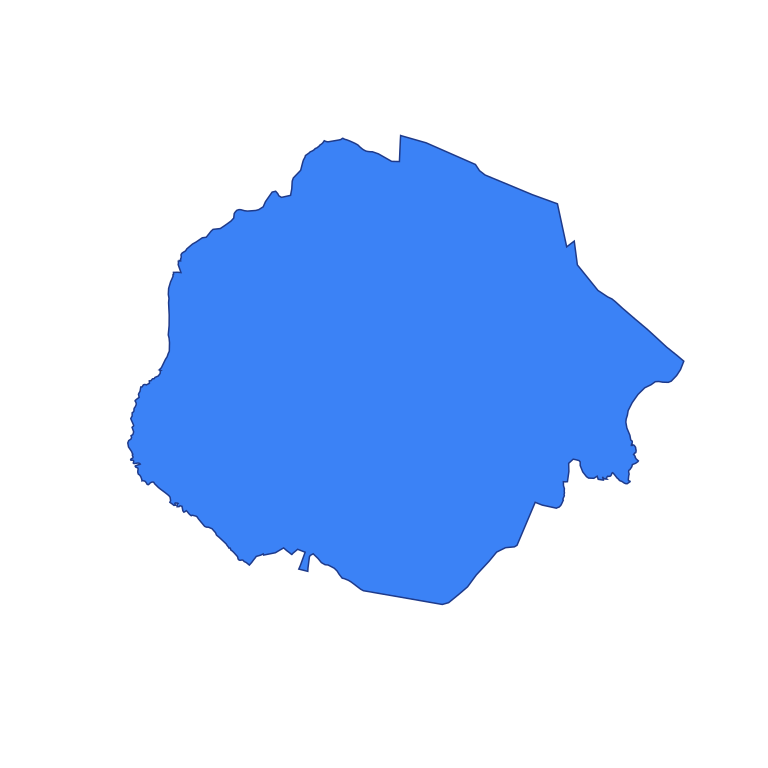 Angangueo, Michoacán, Mexico (Natural Earth projection), rotated 322°
{"feature_id": "50627088B88848492345112", "entity_name": "Angangueo", "entity_type": "district", "adm_level": 2, "iso_a3": "MEX", "parent_name": "Mexico", "parent_adm1": "Michoacán", "projection": "natural_earth1", "projection_center": [-100.311, 19.628], "detail": "fine", "context": "isolated", "style": "filled", "palette": "blue", "viewbox_px": 768, "rotation_deg": 322, "n_neighbors": 0, "source": "geoboundaries", "source_scale": "gbopen_adm2", "svg_char_len": 6147}
<svg xmlns="http://www.w3.org/2000/svg" viewBox="0 0 768 768"><g transform="rotate(322 384 384)"><path d="M550.1,198.4L547.2,201.7L533.1,218.2L527.1,213.3L521.3,199.2L518.8,195.3L517.8,193.8L516.4,192.7L514.4,190.8L513.1,189.2L512.0,186.7L511.6,185.4L510.9,182.1L510.7,180.1L510.5,179.3L509.4,176.7L508.5,174.9L506.8,171.7L504.9,168.5L504.0,167.4L503.5,166.5L503.0,165.3L502.7,164.9L501.7,164.8L500.5,164.8L498.8,164.0L489.3,158.9L488.3,158.1L487.2,156.5L486.7,155.5L484.6,156.2L483.4,156.4L481.9,156.4L481.0,156.3L480.3,156.3L479.5,156.6L478.2,156.6L477.4,156.6L476.4,156.6L476.0,156.5L475.5,156.3L474.7,156.1L474.2,156.2L472.6,156.4L471.8,156.3L470.1,156.0L468.8,155.6L467.5,155.8L464.5,155.7L462.8,155.6L462.2,156.0L461.4,156.6L460.0,157.2L458.4,157.9L456.5,159.2L449.9,164.3L439.4,165.8L436.6,167.6L431.5,173.4L426.5,177.8L418.1,173.8L417.0,170.9L417.5,168.5L417.3,165.4L414.0,163.9L402.9,167.3L397.9,170.0L392.7,169.5L389.8,168.3L386.5,166.1L382.9,163.7L380.8,161.6L378.5,158.5L377.1,157.3L375.0,156.5L373.0,156.8L371.0,157.4L369.7,158.7L367.8,160.7L363.7,161.4L356.2,161.1L350.7,160.7L344.5,156.9L341.8,157.1L334.3,158.9L330.8,156.9L323.1,156.4L319.3,155.8L311.9,156.1L309.9,156.8L308.7,156.9L307.7,156.7L305.6,156.5L303.9,157.0L303.1,157.9L302.6,158.9L301.6,159.8L300.9,160.1L299.5,161.8L298.7,160.6L298.1,161.0L297.5,160.6L296.5,162.1L295.3,163.2L292.6,171.2L290.3,169.0L286.8,166.4L285.7,168.0L284.9,168.0L284.1,169.2L281.4,170.7L278.7,172.1L273.1,176.1L269.2,180.6L267.3,184.1L264.3,187.3L257.2,197.4L250.6,205.7L244.2,212.5L242.9,215.5L240.4,219.4L235.0,226.0L232.8,227.1L229.9,229.0L227.0,230.0L218.6,234.1L216.2,234.4L216.1,234.8L215.7,234.7L216.5,236.0L215.6,235.8L215.3,236.6L214.1,237.9L210.9,238.7L207.6,237.8L206.1,238.3L204.8,237.4L202.3,237.9L201.0,237.0L199.6,239.0L196.2,238.4L196.0,237.9L194.9,236.9L194.2,236.6L193.4,236.6L192.4,237.1L191.5,237.3L190.5,236.6L187.2,239.6L185.6,240.2L184.2,240.9L182.8,243.8L180.2,243.7L177.8,243.8L177.4,244.1L177.3,244.8L177.2,245.7L176.8,246.7L176.2,247.5L175.3,248.1L173.9,248.8L172.2,249.3L171.4,250.0L170.7,250.9L169.8,251.6L168.5,251.7L167.9,251.6L167.3,252.3L165.8,254.2L164.3,254.8L163.1,255.4L161.3,262.4L160.8,262.9L158.8,263.0L157.3,267.5L156.2,268.4L154.9,269.2L152.8,269.0L152.2,270.7L150.7,271.6L148.0,271.4L145.8,272.7L143.9,276.3L143.5,281.9L142.9,283.8L142.9,284.6L142.4,285.0L141.9,285.0L141.5,286.2L141.4,286.9L140.8,287.5L139.9,287.6L138.9,287.3L137.9,287.5L137.6,288.0L137.9,288.5L138.8,289.1L139.3,289.7L139.4,290.4L139.0,291.0L138.7,291.3L138.0,291.7L137.7,292.1L138.0,292.8L138.9,293.3L140.4,294.2L140.9,294.4L142.2,295.5L142.6,296.4L142.6,297.1L141.9,297.0L140.4,296.3L138.9,295.9L137.7,295.4L137.2,295.8L137.2,296.7L137.8,297.7L138.3,298.8L137.7,299.8L136.4,301.0L135.5,302.2L134.9,303.8L135.4,305.3L135.3,307.1L134.6,309.5L133.7,311.3L134.1,311.3L135.1,312.5L135.7,313.2L135.9,314.5L135.8,316.0L135.6,316.8L135.6,317.3L136.2,318.2L136.8,318.3L137.9,318.2L139.1,318.0L140.6,318.4L141.6,319.0L142.1,319.9L141.8,321.2L142.5,326.6L143.2,329.6L144.6,334.6L145.5,338.3L145.8,340.1L145.7,341.6L144.0,344.6L143.1,345.0L142.4,345.4L143.0,347.4L143.4,348.8L143.7,350.3L145.1,351.2L145.5,349.5L146.3,349.2L148.1,350.9L148.2,351.4L147.2,351.3L145.4,353.3L147.0,354.5L148.4,354.4L148.5,354.5L149.2,355.7L149.5,356.0L147.4,360.1L147.4,361.8L148.8,362.1L150.2,362.1L150.4,363.5L150.4,365.4L150.5,367.1L151.0,369.1L151.9,369.2L152.5,369.8L154.5,372.4L154.9,373.5L154.7,376.4L155.0,385.7L155.9,387.4L157.6,388.9L159.0,391.5L159.4,392.2L159.5,394.6L159.7,397.5L159.4,398.4L159.0,399.8L159.1,400.6L159.7,403.3L161.2,413.0L161.0,414.2L161.0,417.2L160.8,417.8L161.8,418.7L161.1,420.5L161.6,422.1L161.9,424.0L162.3,429.9L161.5,431.6L161.2,432.6L161.4,433.4L162.0,434.3L163.8,435.3L164.4,436.1L164.5,437.8L165.5,439.8L166.4,443.8L169.8,443.2L173.0,442.3L176.0,441.6L177.1,441.2L181.6,443.0L184.2,443.5L183.8,444.7L194.5,450.1L200.7,450.9L204.0,451.4L204.7,455.2L205.6,458.5L206.2,461.2L206.4,461.6L207.2,461.5L208.2,461.3L214.2,461.1L218.3,468.0L206.2,475.6L202.9,477.4L208.6,484.7L210.8,482.2L218.9,474.2L220.4,473.7L223.7,474.2L223.8,475.2L224.6,480.9L224.7,486.2L226.3,490.1L228.5,492.2L230.2,495.9L231.4,498.6L231.9,502.5L231.5,506.2L231.5,511.3L232.8,512.8L235.1,516.8L236.2,519.7L239.3,531.4L240.5,534.2L294.2,593.6L300.3,596.1L313.8,595.8L324.9,595.3L339.1,591.3L357.5,588.4L369.3,585.8L379.0,587.8L386.5,592.6L389.5,593.0L430.3,570.3L434.1,576.8L443.4,588.0L444.6,588.2L446.2,588.8L448.6,588.5L450.6,587.6L452.5,586.6L453.8,585.9L454.0,584.9L455.2,584.2L457.3,583.1L457.9,581.9L459.2,580.9L459.7,579.9L461.0,578.3L461.7,577.6L462.8,574.7L465.2,571.4L465.6,571.8L466.4,572.5L467.0,573.0L468.4,573.9L475.8,566.8L480.7,560.2L486.8,559.7L488.6,561.8L490.6,564.5L490.6,566.2L488.4,569.1L486.5,575.6L486.5,581.7L487.3,584.1L491.3,587.5L495.2,587.9L494.1,591.0L497.7,594.8L497.9,594.8L499.0,591.7L499.0,593.3L499.6,594.8L501.0,596.1L500.8,595.1L501.7,595.1L502.0,594.8L502.6,594.5L503.5,594.4L503.9,594.9L504.4,595.3L505.8,596.0L507.2,595.6L508.6,594.6L509.6,594.7L509.8,596.9L509.8,599.7L509.8,601.7L510.2,603.2L510.1,604.3L510.4,605.6L511.5,607.3L512.3,609.9L513.1,611.3L514.2,612.3L516.5,612.4L517.6,612.5L518.0,612.2L517.3,610.8L517.4,610.0L520.6,606.7L521.3,606.3L521.9,605.5L522.7,603.8L523.7,602.8L525.2,602.8L528.3,601.8L530.1,600.4L533.5,601.4L536.3,601.5L537.1,601.2L536.6,598.2L536.7,596.6L537.0,596.5L537.3,595.5L537.5,594.2L537.2,593.3L539.1,592.7L539.8,593.1L540.8,592.7L541.0,592.3L541.6,591.7L542.0,591.3L542.3,590.2L542.8,589.7L543.3,588.6L543.4,586.4L542.4,584.6L541.9,585.3L541.1,584.7L542.3,583.6L543.2,583.4L544.4,581.9L544.0,580.0L546.2,575.8L548.3,568.2L551.1,562.9L553.4,560.6L556.5,558.5L560.0,555.3L568.1,551.5L577.7,548.6L587.1,547.5L594.0,549.0L599.2,549.2L602.1,551.2L604.7,554.1L609.0,557.7L612.1,558.6L619.8,557.5L626.5,555.2L634.3,550.6L632.6,542.4L629.4,528.9L627.5,517.1L625.2,503.4L621.8,487.2L618.6,471.2L617.0,461.7L616.0,457.3L613.9,453.1L610.2,442.0L609.7,409.2L621.9,388.5L612.4,388.4L631.6,348.8L617.5,326.2L592.3,281.5L590.6,274.7L591.2,267.3L565.7,219.9L550.4,198.9L550.1,198.4Z" fill="#3b82f6" stroke="#1e3a8a" stroke-width="1.5"/></g></svg>